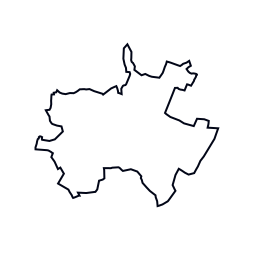 outline of Dambatta, Kano, Nigeria, rotated 114°
{"feature_id": "59680162B98747212970025", "entity_name": "Dambatta", "entity_type": "district", "adm_level": 2, "iso_a3": "NGA", "parent_name": "Nigeria", "parent_adm1": "Kano", "projection": "albers", "projection_center": [8.601, 12.428], "detail": "fine", "context": "isolated", "style": "outline", "palette": "ink", "viewbox_px": 256, "rotation_deg": 114, "n_neighbors": 0, "source": "geoboundaries", "source_scale": "gbopen_adm2", "svg_char_len": 2937}
<svg xmlns="http://www.w3.org/2000/svg" viewBox="0 0 256 256"><g transform="rotate(114 128 128)"><path d="M185.1,203.8L181.2,192.9L180.9,191.5L181.2,188.5L181.3,187.9L181.5,187.6L181.6,186.4L185.8,186.2L188.6,181.4L194.0,175.3L191.7,173.7L195.8,168.0L207.2,169.3L208.5,157.4L210.2,155.3L212.3,152.0L213.4,150.9L213.9,150.1L214.2,149.7L213.6,149.0L212.8,148.2L211.3,146.8L209.7,145.3L209.5,144.8L207.4,147.4L204.4,139.7L199.7,132.0L199.6,131.8L196.6,131.1L187.9,133.0L185.4,130.1L183.6,129.1L176.0,132.7L174.5,133.7L172.5,129.3L172.1,128.2L171.5,127.1L170.7,126.3L167.8,120.8L167.8,119.9L168.0,119.0L168.9,116.7L169.3,115.2L164.5,108.6L164.0,101.8L166.7,96.2L168.5,95.9L168.9,95.4L169.9,94.2L172.2,92.4L174.7,86.9L176.6,82.4L178.3,75.5L180.0,74.5L183.0,71.6L187.3,69.2L186.4,68.1L183.8,65.4L178.7,61.8L176.1,61.2L166.1,59.1L165.0,60.5L162.0,64.0L151.6,65.5L144.6,65.0L144.8,63.2L145.1,61.1L145.7,57.7L145.9,53.7L142.3,49.2L138.3,48.9L134.7,48.5L128.5,48.5L123.2,47.2L102.8,44.6L96.8,45.1L91.6,45.5L95.3,55.4L91.7,56.1L88.7,57.1L89.0,61.9L91.5,68.7L99.5,68.7L101.0,78.7L100.2,84.2L100.3,85.9L100.7,93.8L99.7,98.8L99.2,100.3L88.5,100.7L83.6,100.9L78.5,101.1L76.5,101.2L72.3,101.4L71.1,99.0L71.7,97.7L71.6,95.9L71.0,93.7L70.7,91.6L64.1,91.8L63.9,90.9L63.7,87.6L58.0,86.9L56.8,87.2L56.4,87.1L56.0,87.0L55.6,86.9L55.3,86.9L54.8,86.9L54.4,86.9L54.1,86.8L53.7,86.8L53.4,86.8L53.1,86.9L52.8,86.9L52.4,87.1L51.9,87.0L51.6,86.7L51.1,86.8L50.9,87.4L50.9,87.9L51.0,88.5L51.1,88.9L51.2,89.4L51.5,90.5L52.5,92.2L52.5,94.0L51.9,95.9L50.3,98.5L47.9,97.5L45.6,95.9L41.8,99.4L44.5,101.1L47.0,103.8L48.5,104.5L50.2,105.6L50.4,107.8L51.0,116.1L51.5,119.6L54.1,119.2L57.3,119.2L61.5,118.8L63.7,118.7L69.3,119.8L71.5,127.1L71.8,129.8L71.6,134.2L74.3,137.1L72.3,145.8L68.9,146.8L66.6,149.8L66.4,150.6L66.0,151.6L64.6,152.8L62.8,153.4L57.1,155.8L51.8,162.6L56.9,164.2L66.6,160.4L71.4,156.9L73.9,154.3L77.4,152.4L76.3,149.2L77.7,148.0L79.6,147.7L84.2,147.6L88.8,147.5L89.8,147.8L91.0,149.4L91.7,149.8L94.9,150.1L99.6,147.6L99.7,150.2L99.9,151.2L98.0,152.4L96.1,154.0L94.5,155.7L96.3,157.4L98.7,159.5L107.6,164.3L107.1,165.2L108.1,173.9L108.1,179.0L109.8,181.9L110.3,183.8L112.3,187.8L114.6,189.0L116.7,190.4L118.3,191.8L119.7,195.3L122.4,198.7L123.3,202.0L123.4,204.6L123.4,204.8L122.3,208.1L123.8,208.1L124.6,208.1L126.0,210.2L127.4,209.3L127.5,209.5L127.9,210.3L128.5,211.4L129.7,211.1L132.5,210.0L134.2,209.4L137.5,207.8L141.1,206.9L143.3,207.1L143.4,207.3L144.8,209.7L145.2,210.3L148.7,205.6L149.4,204.4L153.2,202.2L154.7,199.9L155.1,198.8L154.9,196.3L154.7,193.9L153.6,189.4L157.7,186.1L168.1,190.2L171.8,194.5L173.7,201.7L173.2,202.1L172.3,202.5L172.1,202.5L171.9,202.7L171.3,202.8L171.3,203.0L171.3,203.6L171.2,204.0L171.3,204.5L171.4,205.0L171.9,205.4L172.1,205.5L173.2,205.4L173.2,205.5L173.5,205.4L174.0,205.3L174.8,205.9L175.9,205.8L177.8,205.5L178.7,205.2L179.7,205.0L183.4,204.6L185.1,203.8Z" fill="none" stroke="#020617" stroke-width="2"/></g></svg>